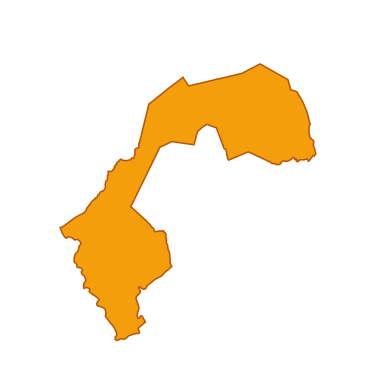 La Libertad, Comayagua, Honduras (orthographic projection), rotated 247°
{"feature_id": "27666195B37640617369838", "entity_name": "La Libertad", "entity_type": "district", "adm_level": 2, "iso_a3": "HND", "parent_name": "Honduras", "parent_adm1": "Comayagua", "projection": "orthographic", "projection_center": [-87.636, 14.872], "detail": "fine", "context": "isolated", "style": "filled", "palette": "amber", "viewbox_px": 384, "rotation_deg": 247, "n_neighbors": 0, "source": "geoboundaries", "source_scale": "gbopen_adm2", "svg_char_len": 5855}
<svg xmlns="http://www.w3.org/2000/svg" viewBox="0 0 384 384"><g transform="rotate(247 192 192)"><path d="M283.3,304.7L281.7,284.2L291.0,230.3L301.3,228.4L300.7,227.3L296.6,210.9L289.7,186.6L257.8,162.8L257.9,162.5L257.6,162.1L254.0,160.5L253.9,160.3L253.8,159.9L253.8,156.9L253.5,156.3L252.8,155.8L250.3,154.7L249.3,154.6L248.0,153.2L247.2,152.6L246.4,152.1L245.9,151.7L246.0,151.4L246.6,150.3L246.8,149.8L246.6,149.3L246.1,148.7L245.8,148.2L245.7,147.5L245.8,146.7L246.1,146.3L246.2,146.0L246.2,145.1L246.4,144.1L247.5,142.0L248.6,140.1L248.8,139.9L249.7,139.8L249.9,139.6L250.0,139.1L249.7,137.8L249.5,137.4L248.9,136.7L248.7,135.1L248.4,134.6L248.2,133.9L247.9,133.7L247.1,133.6L247.0,133.1L246.9,132.5L246.3,131.3L245.4,130.9L245.3,130.4L245.1,130.2L243.8,129.2L243.3,127.7L242.5,126.6L242.6,125.3L243.6,123.5L243.8,123.0L243.8,122.8L243.4,122.6L241.7,122.3L241.1,121.9L240.6,121.1L240.0,120.5L236.2,118.8L236.0,118.5L235.6,117.0L235.4,116.7L232.5,114.8L231.8,114.6L230.4,114.3L230.1,114.1L229.7,113.8L228.2,111.9L227.8,110.7L227.8,110.0L227.9,108.7L227.7,107.3L227.4,106.8L226.2,105.4L226.0,104.1L224.7,103.0L224.1,102.3L224.0,101.9L224.3,100.5L224.0,100.1L223.2,99.6L223.3,98.8L222.7,97.5L222.5,96.3L222.1,95.5L221.5,94.5L220.6,93.7L219.9,91.8L219.0,90.4L218.5,89.3L217.8,88.5L217.1,88.1L216.3,87.1L215.3,84.6L214.7,82.0L214.7,78.6L214.5,77.0L213.9,73.3L213.7,72.4L213.4,71.5L212.4,67.1L211.8,65.0L210.8,60.8L210.6,58.1L210.7,56.7L205.0,56.5L201.0,57.1L199.9,57.4L199.0,57.8L198.7,58.1L198.5,58.5L199.0,60.0L199.0,60.6L198.7,61.5L198.0,62.4L197.1,63.4L196.4,63.9L195.6,64.4L194.6,64.6L193.9,65.2L193.5,65.7L193.5,66.9L193.4,67.3L192.8,68.1L192.3,68.7L191.3,69.2L188.8,69.9L188.2,69.8L187.6,69.2L186.6,67.6L185.8,66.5L183.6,65.1L182.2,63.7L181.5,62.7L180.7,60.5L180.4,60.1L176.6,57.3L175.0,56.6L174.0,56.3L173.5,56.3L172.9,56.5L170.8,57.7L170.2,57.6L168.6,57.0L168.1,56.9L167.5,57.0L167.3,57.2L166.7,58.0L166.4,58.5L166.0,59.6L165.6,60.2L164.4,60.5L162.9,60.6L162.5,60.4L161.7,58.9L161.4,58.7L160.8,58.6L158.7,58.9L157.8,59.6L156.5,60.1L153.9,60.0L153.0,59.9L151.9,59.5L151.5,59.2L150.9,57.8L149.9,56.6L147.3,55.1L146.3,54.9L145.6,54.8L145.3,55.0L145.2,55.4L145.3,55.9L145.6,56.8L145.6,57.2L145.1,57.9L144.1,58.9L143.7,59.4L143.1,59.8L142.5,59.9L141.8,59.8L141.6,59.6L141.4,58.8L141.1,58.6L140.3,58.6L139.7,58.7L138.0,59.5L137.5,60.0L136.3,60.4L135.2,61.6L132.0,63.3L130.9,64.0L130.3,64.3L129.7,64.4L129.3,64.4L129.1,64.1L127.9,62.2L126.7,60.9L125.7,60.4L124.8,60.5L124.1,60.7L123.7,61.0L122.6,62.6L120.4,64.9L119.3,65.6L118.3,66.1L116.6,66.1L113.9,65.4L112.9,64.9L111.9,63.9L111.7,63.7L111.4,63.7L110.4,63.9L107.7,64.7L106.4,64.9L103.2,65.8L101.4,66.4L97.7,67.3L96.1,67.5L91.7,67.5L90.6,67.2L89.6,66.7L88.8,65.2L88.6,65.1L88.4,64.7L87.5,64.1L86.8,63.9L86.1,63.8L85.7,63.9L85.3,64.2L85.0,64.5L84.5,65.6L84.8,68.9L84.7,69.4L84.5,69.8L84.1,70.1L83.2,71.2L83.0,72.2L83.0,73.3L83.3,74.9L83.6,75.4L84.3,77.1L84.3,77.4L84.1,81.5L83.8,84.0L83.4,85.7L82.7,87.4L82.7,87.9L82.8,88.5L83.2,88.8L83.9,89.0L84.5,89.0L86.9,88.8L87.1,89.0L88.2,90.7L89.6,95.5L90.2,97.0L90.4,98.3L91.8,98.3L94.8,97.8L96.7,97.7L97.5,97.5L97.9,97.0L98.0,96.3L96.5,93.8L96.5,93.5L96.7,93.1L97.0,92.9L97.7,92.9L98.5,93.0L99.6,93.3L101.2,94.1L102.8,95.3L104.6,97.0L105.2,97.4L105.9,97.7L106.8,98.0L108.8,98.3L112.4,98.6L114.9,98.7L115.6,98.9L116.5,99.2L117.0,99.6L117.4,100.0L118.0,101.5L119.4,104.4L119.7,104.9L120.2,105.3L120.8,105.6L121.4,105.8L122.7,105.7L124.2,105.4L124.8,105.5L125.3,105.6L125.4,105.8L125.4,106.1L125.1,106.6L122.3,108.5L121.4,109.3L121.2,110.0L121.2,111.1L121.3,111.7L121.6,112.3L122.0,112.8L123.2,114.0L123.6,115.0L124.2,117.8L126.0,123.7L126.7,131.7L128.6,135.5L129.7,139.7L131.2,143.6L131.2,144.3L133.4,144.1L135.9,144.3L138.2,145.6L141.6,146.4L143.0,147.1L145.3,147.6L146.5,147.7L147.8,147.5L148.6,147.5L152.7,148.8L153.3,148.7L155.0,148.7L156.4,148.7L156.8,148.9L156.8,149.4L157.3,149.8L158.9,150.1L160.1,150.5L160.6,150.2L161.3,150.1L161.6,150.4L162.2,151.2L162.8,151.6L163.6,151.5L164.3,151.2L164.8,151.4L165.3,150.9L165.7,150.6L166.1,150.7L166.5,151.0L166.9,150.8L167.3,150.2L168.0,149.9L168.0,149.5L167.8,149.1L167.7,148.5L168.6,147.5L168.8,147.2L169.1,145.5L169.6,144.3L169.7,143.5L169.4,142.9L169.5,142.7L170.3,142.2L171.6,141.9L173.0,142.5L174.5,141.9L175.8,141.1L177.0,140.9L178.9,140.5L181.7,139.1L183.1,138.9L183.8,138.7L184.3,138.2L202.4,130.0L245.7,179.9L246.3,193.1L234.7,212.3L245.5,220.7L247.7,227.3L248.4,232.2L241.5,239.5L220.0,238.5L219.4,238.6L217.4,239.9L216.3,239.6L214.5,239.1L213.2,238.6L212.6,238.4L211.0,238.6L209.2,237.8L207.0,238.1L207.0,259.5L192.1,272.9L191.0,273.6L189.2,275.7L188.7,276.0L187.4,276.3L187.0,276.6L186.7,277.0L186.4,278.2L186.1,278.8L185.6,279.3L185.0,279.6L184.4,280.1L184.1,280.5L183.9,281.0L183.6,282.2L183.2,283.0L183.2,283.8L184.0,285.5L185.0,287.1L185.2,287.7L185.1,288.0L184.6,289.0L183.7,289.9L183.5,290.2L183.3,291.7L183.0,292.5L183.1,295.6L183.2,296.0L184.0,298.0L183.9,298.7L183.6,299.5L183.4,299.6L182.3,299.5L181.9,299.3L181.7,299.4L181.4,300.8L181.2,301.1L180.8,301.0L180.3,300.2L179.7,300.0L179.4,300.1L179.3,300.4L178.9,301.3L178.5,301.4L178.5,301.8L179.1,302.5L179.3,303.6L179.3,304.3L179.1,304.9L177.9,307.5L177.6,309.5L177.3,310.6L177.1,311.1L176.7,311.3L176.4,311.3L175.2,310.9L175.0,311.0L174.8,311.2L174.9,311.8L175.4,312.8L176.7,315.0L177.1,315.8L178.1,317.2L178.1,317.7L177.8,318.5L177.7,318.6L177.4,318.6L178.5,320.6L179.0,321.0L180.9,321.1L182.8,321.7L187.4,321.9L188.0,322.2L190.7,323.8L191.4,324.0L191.7,323.9L194.0,322.8L196.6,321.9L197.3,322.0L198.7,322.6L200.6,322.6L201.1,322.8L202.3,323.6L205.2,324.7L206.4,325.3L207.0,325.8L207.6,326.4L207.9,326.9L208.1,327.4L210.1,327.5L216.2,328.5L221.1,329.1L232.1,329.2L235.9,328.7L237.5,328.4L243.3,327.7L244.0,327.0L246.8,323.7L247.3,323.3L247.5,322.9L257.9,324.2L283.3,304.7Z" fill="#f59e0b" stroke="#b45309" stroke-width="1.5"/></g></svg>